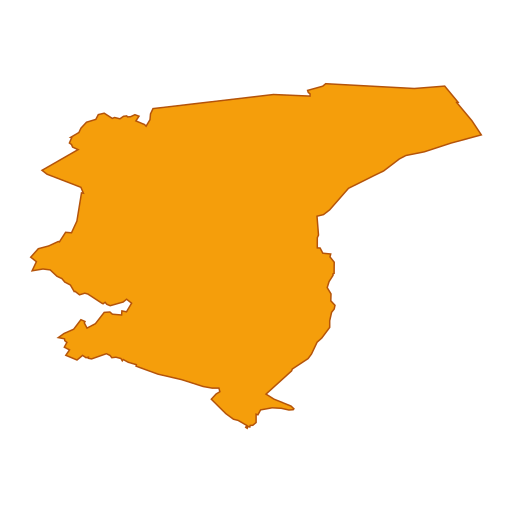 Clondalkin Lea-7, South Dublin, Ireland
{"feature_id": "5873133B52619752343390", "entity_name": "Clondalkin Lea-7", "entity_type": "district", "adm_level": 2, "iso_a3": "IRL", "parent_name": "Ireland", "parent_adm1": "South Dublin", "projection": "equal_earth", "projection_center": [-6.483, 53.28], "detail": "fine", "context": "isolated", "style": "filled", "palette": "amber", "viewbox_px": 512, "rotation_deg": 0, "n_neighbors": 0, "source": "geoboundaries", "source_scale": "gbopen_adm2", "svg_char_len": 2190}
<svg xmlns="http://www.w3.org/2000/svg" viewBox="0 0 512 512"><path d="M481.3,134.9L471.9,120.7L456.7,102.5L458.1,102.3L444.7,86.1L414.3,88.5L325.7,83.7L322.7,86.2L307.6,90.4L308.3,92.5L310.1,93.9L310.0,96.1L273.5,94.5L153.0,108.6L150.5,113.9L150.0,119.7L146.1,126.2L144.6,124.6L135.9,120.9L139.0,116.2L134.9,114.7L130.6,116.7L127.5,116.9L126.7,115.9L123.5,116.3L119.9,118.8L114.6,117.5L112.3,118.4L104.2,113.2L98.3,114.6L95.8,119.4L86.5,122.2L81.0,128.1L78.9,132.5L70.6,137.4L71.7,137.7L69.4,143.0L71.5,144.5L72.6,147.1L78.1,149.6L42.0,170.3L47.0,174.2L80.9,187.3L83.4,193.2L81.5,192.9L76.9,221.1L71.5,232.8L65.6,232.3L59.4,241.9L58.3,241.5L48.5,246.0L38.3,248.7L30.7,257.2L36.4,261.7L32.1,270.8L43.0,269.0L50.2,269.9L57.0,276.3L61.9,278.6L64.8,282.1L70.4,285.0L74.2,291.6L75.1,291.4L79.5,294.8L84.8,293.2L87.8,294.0L101.7,303.1L103.1,303.8L105.1,302.3L106.8,304.3L110.2,305.7L123.2,302.0L126.6,299.2L131.6,303.2L126.5,311.8L121.9,310.9L121.6,315.0L112.4,314.2L109.9,312.0L104.2,312.4L95.4,323.7L87.0,328.1L84.3,322.9L85.0,321.5L80.9,319.7L73.7,329.2L64.0,333.5L58.3,337.6L64.5,338.8L64.8,340.7L66.9,342.4L64.3,347.2L69.5,349.9L65.8,355.3L77.0,360.0L82.6,355.4L86.0,357.7L88.4,357.2L88.3,358.3L91.6,358.9L106.4,353.7L110.1,355.5L111.8,357.7L115.9,357.2L120.9,358.5L122.3,360.8L123.2,359.5L128.3,362.3L136.4,364.7L136.1,366.2L158.1,374.2L181.5,379.6L203.1,386.5L212.1,388.1L218.9,388.1L219.9,391.7L216.1,394.0L211.3,399.2L225.8,413.6L233.4,419.2L238.1,420.4L246.9,425.5L245.7,427.3L247.2,428.3L248.0,426.4L249.8,427.0L250.2,425.4L252.8,425.3L256.1,422.5L256.1,414.2L257.9,414.8L260.6,409.9L272.1,407.8L281.3,408.3L288.9,410.0L293.2,409.7L293.9,408.8L291.1,406.1L273.9,399.1L266.0,394.1L291.6,370.9L292.3,369.0L308.1,358.6L311.5,354.0L317.1,342.2L321.8,338.0L329.7,327.4L329.7,320.7L331.6,312.3L334.2,309.0L335.0,305.3L330.8,300.8L331.0,293.9L327.2,287.6L329.1,281.5L333.0,275.4L333.0,273.9L334.1,273.4L334.2,262.2L330.0,256.9L330.7,254.0L322.8,253.2L320.1,248.0L317.3,247.9L317.3,237.7L318.5,235.1L317.0,216.2L323.5,214.6L329.6,209.9L348.5,188.3L373.4,175.9L383.7,170.9L399.4,158.9L405.9,155.5L424.4,151.8L451.3,143.0L481.3,134.9Z" fill="#f59e0b" stroke="#b45309" stroke-width="1.5"/></svg>